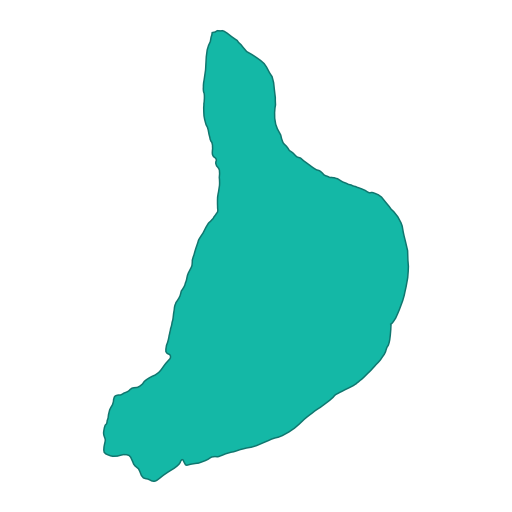 outline of Wiang Kao, Khon Kaen, Thailand
{"feature_id": "78962969B82148856985692", "entity_name": "Wiang Kao", "entity_type": "district", "adm_level": 2, "iso_a3": "THA", "parent_name": "Thailand", "parent_adm1": "Khon Kaen", "projection": "robinson", "projection_center": [102.254, 16.721], "detail": "fine", "context": "isolated", "style": "filled", "palette": "teal", "viewbox_px": 512, "rotation_deg": 0, "n_neighbors": 0, "source": "geoboundaries", "source_scale": "gbopen_adm2", "svg_char_len": 5978}
<svg xmlns="http://www.w3.org/2000/svg" viewBox="0 0 512 512"><path d="M282.3,435.6L289.0,431.9L292.8,429.3L294.3,428.3L299.1,424.2L304.3,419.2L307.1,416.9L310.2,414.5L312.0,413.2L314.7,411.0L317.8,408.9L320.4,407.3L321.3,406.6L324.4,404.3L329.7,400.3L333.0,397.4L334.6,395.5L335.8,394.5L338.5,393.1L339.9,392.3L340.8,391.9L342.0,391.3L345.2,389.6L349.2,387.7L353.5,385.5L354.9,384.5L356.4,383.6L356.9,383.0L357.8,382.3L358.2,382.1L360.3,380.2L361.5,379.4L362.5,378.5L363.7,377.4L366.1,375.0L368.1,373.0L369.2,372.0L369.9,371.3L371.1,370.1L373.6,367.3L374.3,366.6L376.0,364.6L378.4,362.2L380.4,359.9L382.2,357.2L384.2,354.4L385.5,351.8L386.1,349.7L386.9,347.4L388.3,345.2L389.1,342.7L389.7,339.9L390.3,335.1L390.8,329.1L390.8,328.2L390.9,326.9L390.9,325.9L391.0,325.5L391.0,325.0L390.9,324.7L390.8,324.4L390.7,324.2L391.8,323.5L393.2,321.8L395.6,318.2L397.5,314.0L399.2,310.0L401.0,305.2L402.7,300.6L404.2,295.4L404.9,292.0L406.1,286.6L407.7,277.7L408.2,271.3L408.4,266.4L407.9,260.3L407.6,250.7L405.5,241.7L404.0,235.7L403.2,231.9L402.2,226.1L401.0,222.8L397.8,216.8L393.7,211.6L391.1,209.2L389.1,206.4L385.7,202.3L381.5,197.1L378.3,194.8L375.0,193.4L373.9,193.0L372.8,192.6L371.9,192.5L371.1,192.5L370.6,192.7L370.1,192.8L369.4,192.8L368.2,192.3L366.9,191.6L365.8,190.8L364.9,190.3L364.2,190.0L363.8,189.8L363.5,189.7L361.7,188.9L360.3,188.4L358.5,187.7L357.3,187.4L356.1,186.8L355.4,186.5L354.8,186.4L354.3,186.3L352.4,185.7L351.5,185.1L350.3,184.8L349.4,184.6L348.4,184.4L347.5,183.9L346.3,183.3L344.7,182.7L342.6,181.9L340.0,180.3L337.5,178.7L336.0,178.4L334.4,177.8L333.5,177.7L332.4,177.6L331.3,177.4L330.5,177.5L329.8,177.4L329.2,177.2L328.8,177.0L328.1,176.6L327.3,176.3L326.5,176.0L325.7,175.8L324.0,174.9L322.4,173.1L320.5,171.4L319.2,170.6L316.4,169.8L313.5,168.0L311.4,166.5L307.1,163.3L303.4,160.6L302.0,159.3L301.5,159.0L301.3,158.7L300.7,158.2L300.1,157.9L298.7,157.5L297.3,157.1L296.1,156.2L294.6,154.7L293.5,153.5L292.6,152.7L290.9,151.5L289.8,150.8L289.0,150.0L288.0,148.3L286.4,146.2L284.2,144.1L283.0,142.6L281.6,138.8L280.7,135.0L277.4,128.9L275.7,124.3L274.7,118.3L274.6,112.4L275.0,107.7L275.5,104.9L275.3,100.6L275.3,97.6L274.5,90.8L274.2,88.2L274.0,86.2L273.6,82.6L272.1,76.7L269.6,72.9L267.0,68.0L266.7,67.4L264.2,63.7L261.2,61.0L257.4,58.2L254.0,55.9L251.5,54.3L246.7,51.6L243.1,47.4L241.0,44.7L238.5,42.4L237.2,40.5L235.1,39.1L231.4,36.5L227.2,33.2L224.2,31.3L222.5,30.7L220.6,30.9L217.3,30.7L215.1,32.0L212.2,32.6L211.8,35.0L211.1,37.2L210.3,41.7L208.6,45.3L207.2,49.9L206.3,56.6L205.6,69.3L205.5,70.4L204.1,80.0L203.6,82.8L203.4,85.3L203.4,87.1L203.3,88.7L203.4,90.4L203.6,91.8L204.2,93.5L204.4,95.7L204.4,98.3L204.2,101.7L203.9,103.7L203.9,105.3L203.7,107.7L203.8,112.0L204.0,115.9L204.6,119.2L204.7,119.6L205.4,122.3L206.1,124.8L207.4,127.2L208.2,129.9L209.0,134.2L209.9,137.7L210.1,138.9L210.1,139.0L210.9,141.1L211.9,142.5L212.5,145.2L212.5,146.5L212.6,148.5L212.4,150.7L212.3,152.7L212.4,154.2L212.8,155.3L213.5,156.6L214.6,157.4L215.6,158.2L216.0,158.9L216.3,159.7L216.3,160.8L215.8,162.0L215.8,163.6L216.6,165.9L217.6,167.0L218.7,168.5L219.4,170.1L219.5,171.8L219.6,173.8L219.3,177.5L219.5,179.7L219.6,183.1L219.5,185.5L218.5,192.0L218.1,193.9L217.6,197.1L217.5,200.1L217.5,203.6L217.6,206.9L217.6,208.2L217.8,209.3L217.8,210.6L217.5,212.2L216.5,213.4L215.7,214.7L213.7,217.3L213.5,217.9L212.8,218.9L212.2,219.4L211.7,220.0L210.3,221.5L209.1,222.5L208.3,223.4L207.4,224.9L206.0,227.2L203.0,233.1L201.3,235.6L199.7,238.1L198.7,239.8L198.3,240.9L197.8,242.7L195.9,248.2L194.9,251.5L194.0,254.8L193.2,257.0L192.5,259.4L192.3,260.2L192.3,261.8L192.2,263.4L192.0,265.4L191.4,267.1L189.5,270.8L188.4,272.9L187.5,275.2L187.0,277.4L186.6,279.4L186.1,281.3L185.5,282.7L184.9,284.9L184.3,286.3L182.6,289.2L181.3,291.0L180.7,293.5L180.1,295.7L178.8,298.3L177.0,301.1L176.0,302.5L175.5,304.0L175.0,305.1L174.5,307.1L174.2,310.0L173.6,313.5L173.3,316.2L173.1,317.9L172.8,319.9L172.1,322.3L171.8,324.3L171.5,325.7L171.1,327.1L170.6,328.6L170.3,330.6L169.9,332.1L169.5,334.2L169.2,335.2L168.8,337.6L168.3,339.8L167.6,342.4L166.5,345.3L165.9,349.1L165.9,350.4L165.9,351.5L166.4,352.4L166.9,353.1L167.7,353.7L168.6,354.1L169.4,354.4L170.0,355.0L170.4,355.8L170.5,356.3L170.5,357.1L170.4,357.8L170.1,358.5L169.5,359.3L168.8,360.0L167.2,361.8L166.2,362.9L165.0,364.4L163.6,366.3L162.2,368.3L160.7,370.3L159.1,372.1L157.6,373.3L155.2,375.0L152.2,376.3L149.2,377.9L148.3,378.5L146.4,379.7L144.3,381.4L142.5,384.0L139.9,386.1L137.4,387.4L134.3,387.7L132.1,388.1L130.1,389.5L129.0,390.7L127.6,391.6L125.6,392.5L123.9,393.1L122.4,394.1L120.5,395.0L118.3,395.0L116.3,395.5L115.2,396.0L114.3,397.1L113.6,399.5L113.4,401.7L112.5,404.7L111.0,407.2L109.7,409.8L109.2,411.8L108.5,414.6L108.1,418.0L107.2,420.6L107.0,422.3L106.5,423.9L105.2,425.2L104.4,427.6L103.9,430.3L103.8,431.0L103.6,432.2L103.6,433.5L103.8,434.9L104.2,436.2L104.6,437.4L105.1,438.7L105.3,440.0L105.1,441.7L104.5,444.3L104.0,447.0L103.8,450.0L104.2,452.3L105.8,453.9L107.9,454.8L110.5,455.8L112.8,456.3L117.3,456.1L121.1,455.1L123.4,454.6L126.7,454.7L129.1,455.5L130.6,457.1L132.8,461.9L133.6,464.0L135.0,465.9L136.6,467.2L138.5,468.8L139.8,471.4L141.4,475.5L143.4,477.9L145.5,478.6L147.7,479.0L149.4,479.7L151.7,480.9L154.0,481.3L154.9,481.1L155.7,480.9L157.0,480.2L159.8,478.1L162.4,476.0L163.7,475.0L165.9,473.5L167.5,472.4L170.5,470.5L174.1,468.3L177.0,466.1L179.0,464.2L180.1,462.6L180.5,461.5L181.0,460.6L181.7,459.8L182.1,459.7L182.6,459.7L183.1,460.1L183.7,461.4L184.4,462.8L185.4,464.6L186.2,465.2L187.4,465.1L189.6,464.5L190.8,464.2L193.2,463.8L195.8,463.4L198.5,463.1L201.3,462.1L205.3,460.6L208.0,459.3L210.1,457.9L211.7,457.0L213.1,456.8L214.4,456.6L215.8,456.6L217.3,456.8L218.0,456.7L218.9,456.5L220.1,456.0L223.0,454.9L225.6,453.8L228.3,453.0L231.1,452.2L233.5,451.8L236.4,450.9L240.1,449.6L243.0,448.9L246.5,448.0L251.3,447.2L256.3,445.7L259.6,444.3L263.3,442.7L268.1,440.7L271.3,439.2L274.8,438.0L278.3,437.2L282.3,435.6Z" fill="#14b8a6" stroke="#0f766e" stroke-width="1.5"/></svg>